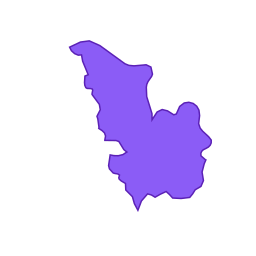 Ștefan Vodă, Natural Earth projection, rotated 213°
{"feature_id": "MDA-1651", "entity_name": "Ștefan Vodă", "entity_type": "District", "adm_level": 1, "iso_a3": "MDA", "parent_name": "Moldova", "parent_adm1": "", "projection": "natural_earth1", "projection_center": [29.727, 46.532], "detail": "fine", "context": "isolated", "style": "filled", "palette": "violet", "viewbox_px": 256, "rotation_deg": 213, "n_neighbors": 0, "source": "natural_earth", "source_scale": "10m", "svg_char_len": 1455}
<svg xmlns="http://www.w3.org/2000/svg" viewBox="0 0 256 256"><g transform="rotate(213 128 128)"><path d="M160.4,120.9L161.2,128.2L164.9,132.2L176.4,136.5L176.9,137.3L178.2,140.5L179.1,141.2L180.8,140.7L183.9,138.9L185.4,138.9L187.5,140.3L189.2,142.4L192.4,148.1L190.4,151.0L202.4,159.3L206.8,164.0L209.4,162.0L213.3,161.3L217.6,162.0L221.0,164.0L214.7,174.2L207.9,180.0L196.5,181.8L165.6,180.2L161.4,181.0L156.8,183.4L147.2,190.9L142.0,191.6L136.8,186.5L136.3,184.2L136.5,177.8L136.0,174.8L134.8,172.1L129.4,164.5L115.7,153.1L112.3,148.0L112.3,157.3L109.4,162.1L104.2,163.9L96.8,164.0L95.1,166.1L96.4,174.2L94.5,179.6L91.0,182.7L86.7,184.1L82.2,183.7L78.2,181.6L74.7,177.4L71.1,170.1L67.4,167.2L63.7,166.0L55.6,164.6L51.6,163.2L50.1,160.8L49.7,158.3L50.2,155.8L51.6,153.1L53.0,150.8L53.5,148.6L53.1,146.4L51.6,144.4L45.6,143.5L45.3,143.6L44.6,139.5L41.9,131.4L36.1,125.0L35.0,118.8L38.0,112.8L37.9,108.0L38.4,103.4L45.1,97.8L52.4,93.6L57.0,94.8L61.4,95.5L64.8,90.1L67.6,84.7L71.9,84.6L75.7,83.4L77.0,74.1L74.9,64.4L81.4,68.0L86.9,72.8L96.1,74.8L99.9,80.1L100.1,80.1L104.8,79.9L107.5,80.3L108.6,81.2L109.5,83.9L111.6,83.9L114.0,82.8L115.9,82.2L121.3,83.6L123.8,85.9L128.3,95.7L124.7,97.2L121.0,99.5L117.8,102.9L115.9,107.2L116.0,107.2L119.7,107.6L128.3,111.7L131.2,111.0L140.7,105.0L140.8,105.1L142.5,109.1L145.1,111.1L148.3,111.7L152.2,111.7L152.2,111.8L153.0,113.1L158.3,119.2L160.4,120.9Z" fill="#8b5cf6" stroke="#5b21b6" stroke-width="1.5"/></g></svg>